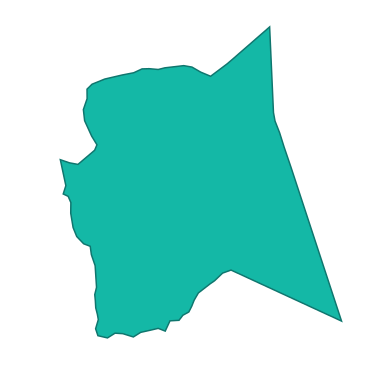 Goianinha, Rio Grande do Norte, Brazil, rotated 171°
{"feature_id": "56859067B94338823405962", "entity_name": "Goianinha", "entity_type": "district", "adm_level": 2, "iso_a3": "BRA", "parent_name": "Brazil", "parent_adm1": "Rio Grande do Norte", "projection": "orthographic", "projection_center": [-35.19, -6.288], "detail": "fine", "context": "isolated", "style": "filled", "palette": "teal", "viewbox_px": 384, "rotation_deg": 171, "n_neighbors": 0, "source": "geoboundaries", "source_scale": "gbopen_adm2", "svg_char_len": 979}
<svg xmlns="http://www.w3.org/2000/svg" viewBox="0 0 384 384"><g transform="rotate(171 192 192)"><path d="M64.5,41.1L90.3,200.6L94.0,222.0L96.2,236.8L98.9,249.1L99.1,257.7L89.5,342.9L132.8,315.8L137.4,313.0L155.5,303.4L164.6,309.0L172.5,315.4L180.4,318.1L199.4,318.9L206.2,318.3L215.0,320.5L222.1,321.4L230.9,318.9L242.5,318.5L260.6,317.2L273.9,314.1L279.6,310.0L281.0,300.6L286.4,290.4L286.9,279.2L282.4,263.0L278.5,253.5L281.6,248.5L300.3,237.1L308.5,240.0L317.0,244.5L315.6,218.0L319.5,210.2L315.0,207.1L313.3,200.5L315.1,190.0L315.0,175.5L312.8,166.0L307.1,157.8L301.0,154.3L301.2,145.9L299.2,134.4L301.2,112.8L304.1,105.9L304.5,99.6L305.2,92.6L304.6,86.0L304.5,80.6L308.6,72.0L307.4,64.8L298.3,61.1L290.1,64.6L282.5,62.9L272.6,58.0L264.6,61.4L254.9,62.0L246.7,62.6L240.2,58.8L233.9,68.2L224.9,67.3L220.3,71.7L213.9,74.0L210.2,79.1L206.8,84.8L201.5,91.3L188.6,98.4L183.6,100.8L174.5,107.1L165.7,108.8L64.5,41.1Z" fill="#14b8a6" stroke="#0f766e" stroke-width="1.5"/></g></svg>